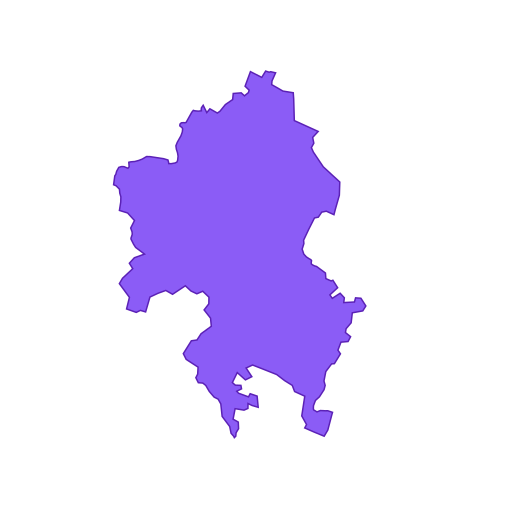 the Province of Gauteng, rotated 127°
{"feature_id": "ZAF-1208", "entity_name": "Gauteng", "entity_type": "Province", "adm_level": 1, "iso_a3": "ZAF", "parent_name": "South Africa", "parent_adm1": "", "projection": "orthographic", "projection_center": [28.225, -26.009], "detail": "fine", "context": "isolated", "style": "filled", "palette": "violet", "viewbox_px": 512, "rotation_deg": 127, "n_neighbors": 0, "source": "natural_earth", "source_scale": "10m", "svg_char_len": 3119}
<svg xmlns="http://www.w3.org/2000/svg" viewBox="0 0 512 512"><g transform="rotate(127 256 256)"><path d="M167.4,388.9L171.1,381.6L166.2,381.4L165.1,372.9L162.1,371.9L153.5,371.6L145.1,368.8L139.9,372.0L134.6,366.0L135.0,361.6L130.1,360.4L127.7,361.3L127.0,366.9L112.1,371.4L109.9,358.9L102.5,359.6L101.3,356.1L100.0,355.2L97.9,350.6L106.5,348.6L109.7,346.6L108.7,339.0L108.1,333.8L103.2,324.5L107.9,320.4L124.8,306.9L119.1,281.3L127.2,282.1L131.1,277.7L136.1,277.0L138.5,272.7L144.3,255.9L146.5,233.6L157.3,226.0L170.8,220.8L176.1,218.6L177.9,226.8L181.4,229.9L187.5,229.6L190.4,232.2L203.2,229.9L214.7,227.5L217.3,225.2L222.7,223.3L225.7,219.0L226.4,215.3L226.2,212.0L225.9,209.9L226.3,209.0L226.4,208.7L227.5,208.3L229.0,207.1L229.1,205.8L228.7,203.4L227.9,201.3L227.8,190.3L232.0,186.6L230.7,181.0L229.1,180.0L232.2,171.7L242.6,173.6L243.9,169.6L235.1,166.4L236.2,160.3L240.4,157.9L233.5,149.7L229.5,151.3L226.6,146.8L229.8,138.2L235.6,137.7L243.4,144.9L252.1,139.8L259.8,140.3L263.3,138.5L263.5,131.9L268.9,131.0L273.7,136.3L281.9,133.9L283.3,129.7L294.8,128.6L296.7,130.7L306.3,130.7L314.9,126.5L317.7,122.9L321.8,121.2L330.3,120.6L335.6,121.6L341.0,120.0L343.0,118.6L343.9,117.8L344.2,117.2L344.1,116.4L343.8,113.5L340.7,111.6L337.7,107.2L336.4,105.6L334.8,100.8L337.9,99.6L351.8,93.9L358.9,93.1L361.6,103.5L364.0,113.6L360.2,114.2L356.2,123.2L338.6,132.7L341.0,143.6L337.5,149.2L338.3,158.2L338.2,168.1L341.4,179.8L345.1,193.1L351.4,196.5L354.9,186.7L361.3,189.9L360.4,200.8L371.3,198.7L371.6,194.8L368.4,190.2L370.8,187.6L375.6,190.0L376.1,187.4L373.0,177.2L369.5,177.8L367.2,170.8L375.5,163.2L377.8,169.3L378.6,173.6L382.6,170.7L386.3,172.8L390.5,180.8L400.1,176.1L399.3,170.2L404.4,166.0L409.2,165.5L412.1,163.7L414.1,164.0L413.4,165.3L412.6,169.2L408.0,174.4L404.5,186.5L395.3,195.1L393.1,200.1L393.9,204.5L392.3,211.8L389.6,218.2L389.5,222.0L391.9,225.8L389.4,230.8L385.4,231.5L379.6,235.4L380.6,249.5L377.7,255.3L362.6,256.6L358.6,252.6L351.2,253.1L339.0,249.4L333.0,254.9L330.3,265.0L322.6,264.9L317.2,268.8L316.2,277.3L321.8,280.5L323.1,286.9L322.3,294.5L336.8,299.6L337.8,307.3L344.7,311.8L352.6,316.0L367.1,310.5L369.0,315.6L373.1,317.7L376.2,327.5L365.2,332.2L360.3,348.5L354.1,349.2L340.3,346.8L338.0,352.8L330.6,352.1L321.6,346.2L321.6,357.3L320.3,360.8L317.8,365.9L317.0,366.6L315.7,367.0L313.1,367.9L311.3,369.5L309.1,372.9L300.8,374.4L298.9,384.4L301.8,392.5L294.3,396.5L290.1,399.5L287.8,402.6L284.8,405.3L284.1,410.0L284.8,412.6L277.0,417.0L275.2,417.1L272.2,418.3L267.8,418.9L265.7,417.4L265.2,416.8L264.4,415.7L264.0,414.9L263.0,411.1L261.1,411.0L257.7,414.0L256.7,413.2L255.6,412.1L253.5,409.7L250.3,407.2L247.1,405.2L242.5,403.3L240.5,400.6L233.9,388.4L232.3,384.1L233.8,382.2L234.7,381.3L233.4,379.4L230.4,376.6L228.6,375.7L226.7,376.2L223.2,378.3L220.8,380.8L218.7,383.8L216.2,386.3L212.6,387.3L205.1,388.3L201.3,389.5L198.6,391.1L197.9,392.5L198.0,393.9L197.9,395.2L196.4,396.1L194.6,395.8L193.3,394.4L192.3,392.9L191.4,392.2L179.8,393.8L177.4,393.7L176.9,392.3L175.0,389.2L172.9,387.0L171.9,388.0L170.4,388.8L167.4,388.9Z" fill="#8b5cf6" stroke="#5b21b6" stroke-width="1.5"/></g></svg>